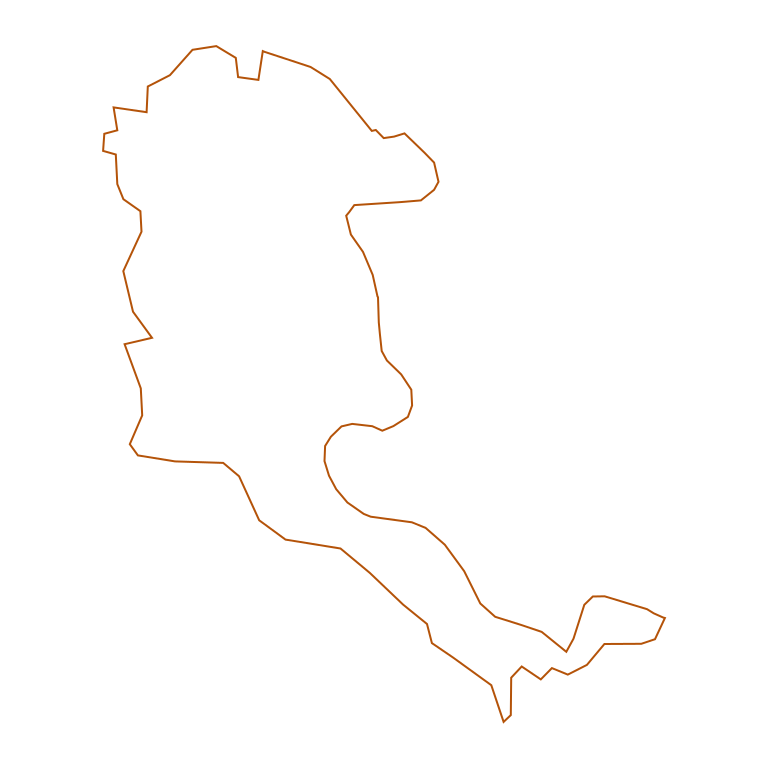 Amudarya, Karakalpakstan, Uzbekistan, rotated 180°
{"feature_id": "79887680B11316331959400", "entity_name": "Amudarya", "entity_type": "district", "adm_level": 2, "iso_a3": "UZB", "parent_name": "Uzbekistan", "parent_adm1": "Karakalpakstan", "projection": "mercator", "projection_center": [60.011, 42.124], "detail": "fine", "context": "isolated", "style": "outline", "palette": "amber", "viewbox_px": 768, "rotation_deg": 180, "n_neighbors": 0, "source": "geoboundaries", "source_scale": "gbopen_adm2", "svg_char_len": 1515}
<svg xmlns="http://www.w3.org/2000/svg" viewBox="0 0 768 768"><g transform="rotate(180 384 384)"><path d="M113.0,128.8L103.1,150.0L104.9,150.5L114.3,154.7L120.9,158.8L163.4,171.7L175.2,171.5L183.7,163.2L194.5,129.3L201.7,116.2L226.3,136.1L247.0,143.1L272.8,151.2L287.7,164.5L303.8,196.8L323.2,223.3L342.4,240.1L356.1,245.7L397.3,251.3L404.3,254.1L420.6,265.5L431.8,278.8L439.0,292.3L443.5,306.9L442.9,322.0L437.1,331.3L426.5,341.6L415.8,344.1L395.7,341.8L385.7,337.3L374.6,341.9L360.1,351.1L355.9,362.5L356.7,378.3L359.6,382.7L366.8,393.6L381.1,407.5L386.3,417.0L388.1,433.9L389.2,445.5L390.0,470.8L390.5,471.5L395.3,493.1L405.0,516.1L417.1,533.4L421.8,552.3L418.8,555.9L413.7,562.9L368.9,565.8L363.8,566.2L347.1,567.6L333.9,578.2L329.5,586.2L333.9,605.4L343.4,615.2L363.5,634.6L373.9,631.4L384.3,629.9L392.2,638.0L396.2,637.1L438.2,689.0L457.4,701.0L472.5,706.0L503.3,716.1L505.2,716.9L509.6,688.1L529.9,690.9L532.2,710.1L551.7,721.9L575.5,718.2L598.1,692.8L620.2,681.5L621.4,655.8L654.4,660.6L650.7,637.7L663.7,634.2L664.9,617.1L652.2,613.5L650.7,583.9L644.6,568.8L627.6,556.8L626.5,536.3L644.7,496.9L635.0,456.3L616.0,430.2L643.4,423.8L627.2,379.6L625.8,352.6L638.2,323.8L630.1,312.6L593.0,306.6L544.8,305.1L528.9,291.7L508.8,247.7L482.5,228.4L427.5,219.5L398.3,195.2L364.9,163.4L341.0,144.0L336.1,124.9L315.0,110.5L276.7,82.8L264.4,46.1L257.2,52.9L256.8,90.3L246.3,101.5L227.2,88.6L216.1,99.9L200.2,93.4L181.1,103.1L163.6,124.0L126.7,124.2L113.0,128.8Z" fill="none" stroke="#b45309" stroke-width="2"/></g></svg>